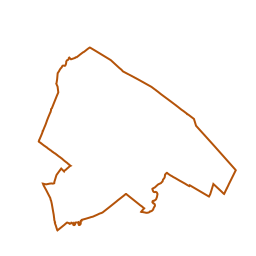 the district of Crevedia, Dâmbovita, Romania, rotated 257°
{"feature_id": "2599482B81123677964988", "entity_name": "Crevedia", "entity_type": "district", "adm_level": 2, "iso_a3": "ROU", "parent_name": "Romania", "parent_adm1": "Dâmbovita", "projection": "mercator", "projection_center": [25.909, 44.603], "detail": "fine", "context": "isolated", "style": "outline", "palette": "amber", "viewbox_px": 256, "rotation_deg": 257, "n_neighbors": 0, "source": "geoboundaries", "source_scale": "gbopen_adm2", "svg_char_len": 5223}
<svg xmlns="http://www.w3.org/2000/svg" viewBox="0 0 256 256"><g transform="rotate(257 128 128)"><path d="M215.0,108.8L214.8,108.2L214.1,106.5L212.7,103.6L212.1,102.3L211.9,101.6L211.9,101.4L211.8,101.1L211.0,99.3L210.3,97.7L209.5,96.1L208.7,94.3L208.5,94.0L208.6,93.6L208.6,93.2L208.6,92.7L208.3,92.4L208.2,92.2L207.8,88.5L207.8,87.9L209.8,86.6L209.5,86.1L208.7,85.9L207.9,84.9L207.7,83.8L206.7,82.8L205.6,82.5L204.1,81.8L202.9,80.9L202.8,80.3L203.3,79.3L203.4,78.4L203.1,77.9L201.9,76.9L201.6,76.4L201.1,75.7L200.4,74.9L198.7,73.4L197.2,71.8L191.4,69.9L187.7,68.4L187.4,68.1L185.6,68.4L184.2,68.7L178.4,68.1L177.4,67.4L175.5,66.0L164.3,58.2L163.8,57.4L163.6,57.2L162.6,57.0L160.8,56.0L160.8,55.9L156.5,52.8L153.0,50.4L152.9,50.4L150.4,48.8L148.8,47.7L146.9,46.3L145.0,45.0L144.1,44.4L144.2,44.2L142.6,43.4L139.9,41.5L136.5,39.0L136.5,38.9L136.4,38.8L136.0,38.6L135.8,38.5L135.4,38.3L135.2,38.1L134.9,38.0L134.7,38.1L134.4,38.3L134.2,38.5L133.5,39.2L133.0,39.6L132.7,39.9L132.5,40.1L132.3,40.1L132.2,40.2L132.0,40.4L131.7,40.7L131.0,41.2L130.5,41.7L129.8,42.2L128.8,43.2L128.6,43.3L127.9,44.0L127.7,44.1L127.5,44.3L127.3,44.5L127.2,44.7L126.3,45.2L126.2,45.3L126.0,45.5L125.7,45.8L125.4,46.0L124.5,46.9L124.1,47.1L123.9,47.3L123.7,47.5L123.5,47.8L123.3,48.0L122.8,48.3L122.5,48.5L122.3,48.7L122.0,48.9L121.9,49.1L121.7,49.3L121.4,49.4L121.2,49.7L120.7,50.1L120.0,50.7L119.7,51.0L119.4,51.4L119.4,51.5L119.0,51.8L118.7,52.0L118.3,52.2L118.1,52.4L117.9,52.6L117.8,52.8L117.7,52.9L117.4,53.0L115.7,54.4L115.1,55.0L113.9,56.0L113.5,56.3L113.3,56.4L113.2,56.6L112.7,57.0L111.9,57.5L110.8,58.3L110.0,58.9L109.1,59.7L108.4,60.2L107.7,60.9L106.7,61.5L106.0,62.0L105.7,62.4L105.4,62.5L104.5,63.2L104.2,63.4L104.1,63.5L103.9,62.7L102.5,60.2L102.3,59.8L102.1,59.3L101.6,58.6L101.4,58.2L101.2,57.7L101.1,57.4L100.4,56.1L100.1,55.9L103.5,53.8L103.1,53.3L98.6,48.1L98.2,47.7L96.5,46.7L95.1,45.9L92.2,44.2L90.8,43.7L90.7,43.4L90.7,42.6L90.8,41.9L91.2,41.0L91.4,39.3L91.5,35.5L92.3,33.7L92.6,33.3L92.9,32.6L90.9,32.9L85.6,34.4L80.4,35.7L77.3,36.5L76.8,36.5L76.3,36.5L75.1,36.5L74.7,36.7L74.4,36.7L71.5,36.7L62.3,36.2L60.2,36.1L57.4,35.8L56.0,35.7L55.2,35.5L54.8,35.5L54.5,35.5L53.5,35.6L52.7,35.7L52.4,35.7L52.2,35.4L50.6,35.5L49.2,35.7L48.1,35.8L47.6,35.8L44.3,36.1L44.1,36.2L47.0,42.2L47.4,43.0L48.0,44.3L48.6,45.3L49.2,46.6L49.5,46.9L49.5,47.1L49.5,47.4L49.4,47.8L49.1,48.2L48.7,48.7L48.5,49.3L47.8,49.5L47.7,49.7L47.9,50.5L48.0,51.0L48.2,51.3L48.4,51.4L48.5,51.5L48.4,51.7L48.0,51.8L47.8,52.0L47.5,52.3L47.3,52.6L47.3,52.8L47.3,53.0L47.6,53.3L47.4,53.4L46.9,53.1L46.3,53.0L45.9,53.0L45.5,53.5L45.5,54.0L45.7,54.4L46.0,54.7L46.2,54.8L47.0,54.8L47.3,54.9L47.5,55.0L47.7,55.3L47.6,56.1L47.5,56.7L47.4,57.0L47.3,57.3L47.2,57.6L47.2,58.0L47.4,58.3L47.5,58.6L47.4,58.7L47.2,58.8L46.9,58.8L46.5,58.6L45.7,58.2L44.8,58.3L44.5,58.4L44.4,58.7L44.4,58.9L44.4,59.2L44.6,59.5L45.0,60.1L45.5,60.4L46.4,60.7L47.8,60.9L48.2,61.1L48.2,61.6L48.1,61.9L48.1,62.0L48.9,62.3L49.1,66.7L49.4,71.1L49.5,71.7L49.5,72.1L49.5,73.1L49.5,73.8L49.7,74.8L49.9,75.8L50.0,76.0L50.0,76.4L50.0,76.7L50.3,77.6L50.3,78.0L50.7,79.8L50.9,80.5L50.9,80.9L51.1,81.7L51.1,82.1L51.1,82.3L51.1,82.6L51.4,84.2L55.3,92.5L57.8,97.7L59.3,100.8L59.6,101.3L59.7,101.5L60.9,104.1L61.5,105.4L63.0,108.6L64.1,110.8L64.2,111.0L64.1,111.4L63.9,111.5L62.4,112.7L60.5,114.2L59.0,115.4L50.8,121.9L50.6,122.0L49.5,122.9L49.4,123.1L48.2,124.1L46.5,125.3L46.1,125.7L45.8,125.3L44.5,123.4L43.3,121.9L43.2,122.0L43.0,122.9L41.9,125.4L41.4,126.4L41.2,127.0L41.1,127.6L41.0,128.4L41.2,130.0L41.3,130.1L41.6,130.5L41.8,130.8L41.7,131.2L41.7,131.8L41.8,132.2L41.9,132.6L42.0,132.8L42.9,134.2L43.3,134.4L43.8,134.6L44.4,135.2L44.9,135.5L45.0,135.7L45.4,136.1L45.5,136.3L45.9,136.6L46.3,136.8L46.6,136.8L46.9,136.9L47.3,136.9L47.8,136.8L48.3,136.6L48.7,136.0L48.7,135.9L48.9,135.7L49.2,135.6L49.4,135.6L49.7,135.3L50.1,135.1L50.7,135.3L51.0,135.4L51.2,135.7L51.3,135.8L51.4,136.2L51.4,136.5L51.2,136.8L51.4,137.5L51.7,138.3L52.2,139.3L52.3,139.4L52.4,139.5L52.6,139.6L52.8,139.7L54.3,140.7L57.0,141.9L58.6,141.6L59.5,140.7L59.5,139.5L60.0,138.6L61.0,138.2L63.1,138.0L63.3,138.1L63.5,138.6L63.8,139.8L64.1,140.9L65.5,143.3L66.3,144.8L66.9,147.7L67.7,148.8L68.1,149.6L69.8,150.5L70.7,151.7L71.6,152.6L74.3,153.7L75.5,155.5L75.6,155.8L75.5,156.0L74.7,156.5L72.8,158.2L72.3,158.7L70.9,160.3L70.4,160.7L69.5,161.7L68.5,162.9L67.8,163.6L64.6,167.0L64.1,167.6L63.9,167.8L61.0,171.0L60.6,171.4L59.2,172.8L57.6,174.6L58.3,175.3L44.1,190.3L43.2,191.2L43.0,191.5L45.1,193.3L45.3,193.4L53.0,197.9L53.2,198.0L53.4,198.2L53.8,198.4L54.2,198.6L52.3,199.9L51.0,200.8L49.5,201.8L47.3,203.3L47.2,203.3L47.0,203.5L44.9,204.9L43.8,205.6L43.6,205.7L43.4,205.9L43.2,206.0L42.9,206.2L42.7,206.3L42.4,206.6L42.2,206.7L42.1,206.8L42.3,207.0L45.6,209.6L46.5,210.4L46.6,210.5L46.9,210.7L47.0,210.7L47.2,211.0L47.3,211.0L49.7,213.0L50.2,213.3L52.5,215.2L62.6,223.5L63.1,223.3L90.4,208.4L96.0,205.3L110.9,197.0L114.9,194.8L122.0,194.3L126.8,190.3L127.3,189.9L127.9,189.1L128.0,189.2L132.2,185.7L133.7,184.3L136.2,182.3L137.1,181.6L143.0,176.7L153.7,167.6L156.5,165.4L162.8,160.1L173.3,148.5L184.3,135.8L186.3,134.7L188.5,133.0L198.0,126.5L210.1,114.1L214.8,109.2L215.0,108.8Z" fill="none" stroke="#b45309" stroke-width="2"/></g></svg>